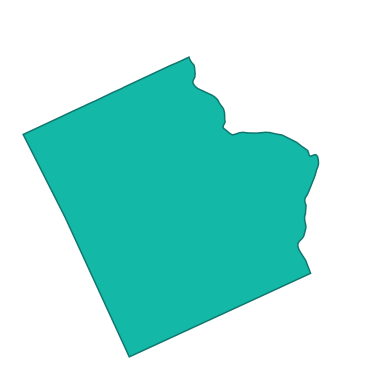 the district of Allamakee, Iowa, United States of America, rotated 335°
{"feature_id": "52423323B44167272336180", "entity_name": "Allamakee", "entity_type": "district", "adm_level": 2, "iso_a3": "USA", "parent_name": "United States of America", "parent_adm1": "Iowa", "projection": "natural_earth1", "projection_center": [-91.21, 43.291], "detail": "fine", "context": "isolated", "style": "filled", "palette": "teal", "viewbox_px": 384, "rotation_deg": 335, "n_neighbors": 0, "source": "geoboundaries", "source_scale": "gbopen_adm2", "svg_char_len": 1371}
<svg xmlns="http://www.w3.org/2000/svg" viewBox="0 0 384 384"><g transform="rotate(335 192 192)"><path d="M246.3,68.5L232.8,68.5L225.7,68.2L175.7,68.3L174.6,68.3L172.1,68.5L162.7,68.3L142.0,68.6L140.0,68.5L132.8,68.4L131.1,68.5L119.0,68.4L99.1,68.5L95.7,68.5L91.1,68.5L72.5,68.5L63.3,68.5L66.3,161.7L65.5,314.9L265.1,315.8L266.1,301.9L264.9,293.1L264.6,289.4L264.8,287.1L265.2,285.4L266.0,283.7L268.3,282.1L272.9,280.3L274.9,278.9L279.6,273.3L280.9,270.9L281.8,266.7L283.1,262.9L284.4,260.9L285.2,260.3L289.7,252.4L290.0,249.1L290.8,246.9L292.2,245.1L294.7,243.6L297.4,241.4L307.0,232.4L310.8,228.7L314.2,224.6L316.8,222.2L318.6,219.9L319.9,216.7L320.7,213.5L320.7,212.7L320.4,211.3L319.9,210.5L318.9,210.0L315.1,209.8L314.3,209.4L313.8,208.7L313.8,207.4L314.3,205.2L314.3,203.3L313.3,201.3L310.5,196.6L307.8,191.2L297.7,178.4L292.9,175.1L287.5,170.9L285.8,170.0L283.7,168.9L275.6,166.0L268.0,162.3L263.3,159.4L260.1,158.4L253.6,157.6L252.7,157.1L251.4,155.6L247.6,147.7L247.5,146.4L248.3,145.2L251.1,143.1L251.7,142.3L252.3,140.0L254.2,135.9L255.0,133.6L255.6,130.4L255.4,128.1L254.8,125.8L254.3,122.6L254.3,120.2L253.9,118.3L253.0,116.0L251.9,114.1L251.2,112.9L241.1,100.9L239.5,97.7L239.0,95.2L239.0,93.6L239.5,92.3L240.8,90.8L243.1,89.1L245.0,85.7L247.0,79.9L247.4,77.8L246.3,74.1L246.0,70.5L246.3,68.5Z" fill="#14b8a6" stroke="#0f766e" stroke-width="1.5"/></g></svg>